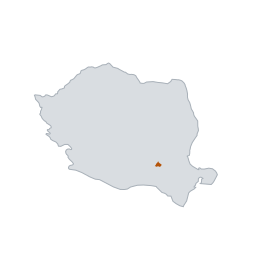 Smeeni, Buzau, Romania shown in context, rotated 17°
{"feature_id": "2599482B10599735426508", "entity_name": "Smeeni", "entity_type": "district", "adm_level": 2, "iso_a3": "ROU", "parent_name": "Romania", "parent_adm1": "Buzau", "projection": "natural_earth1", "projection_center": [26.881, 44.971], "detail": "fine", "context": "in_parent", "style": "filled", "palette": "amber", "viewbox_px": 256, "rotation_deg": 17, "n_neighbors": 0, "source": "geoboundaries", "source_scale": "gbopen_adm2", "svg_char_len": 4075}
<svg xmlns="http://www.w3.org/2000/svg" viewBox="0 0 256 256"><g transform="rotate(17 128 128)"><path d="M195.7,141.5L197.9,144.3L200.8,145.7L207.3,147.3L207.9,147.1L207.9,146.8L207.5,146.4L207.4,145.9L207.7,145.3L208.6,145.2L210.1,145.8L212.9,145.0L217.0,142.8L220.7,142.3L224.2,143.6L226.0,145.1L227.1,146.6L226.8,148.4L226.6,149.5L225.7,154.1L225.1,155.8L224.1,157.7L213.4,160.0L214.1,158.9L213.8,156.9L213.4,155.5L214.4,154.2L212.0,153.7L210.9,154.4L210.1,155.7L210.8,158.6L209.7,160.2L209.2,161.1L209.2,163.2L208.5,164.1L208.4,165.1L210.1,164.9L209.3,166.7L206.1,170.2L205.0,172.3L205.4,180.6L204.0,185.6L203.9,187.1L200.4,187.2L199.4,187.0L196.2,186.3L192.5,185.0L190.4,182.4L189.0,180.6L185.9,181.4L185.3,181.2L184.5,180.3L182.1,179.7L179.3,179.7L172.8,176.3L172.1,175.7L167.1,176.3L159.5,178.0L153.7,180.0L147.7,183.7L145.3,186.5L142.5,187.9L138.5,189.0L131.3,188.6L123.9,187.2L115.9,185.7L111.6,186.5L105.7,185.9L96.9,184.1L90.4,183.6L83.9,184.6L82.8,183.8L82.6,182.9L82.9,181.6L83.8,180.6L85.4,179.8L86.2,179.0L86.3,178.1L84.6,176.8L81.0,175.0L79.6,173.9L79.2,173.6L79.1,172.6L78.4,171.8L77.0,171.2L75.9,170.1L75.2,168.6L75.4,167.1L76.5,165.8L77.9,165.2L79.6,165.4L80.3,165.0L80.1,164.0L78.4,162.8L75.4,161.3L72.3,162.2L69.1,165.2L66.8,165.7L65.4,163.7L63.0,162.4L59.4,162.0L57.2,161.2L56.4,160.0L54.9,159.1L51.5,158.1L51.5,157.2L52.0,157.0L53.2,156.9L54.9,156.7L55.2,156.2L55.2,155.7L53.9,155.1L52.6,154.6L52.0,154.2L51.5,153.8L51.4,153.3L51.8,152.9L52.4,152.9L52.9,152.6L53.2,151.5L53.9,150.6L54.4,150.3L54.4,149.6L53.9,148.9L53.2,148.4L52.2,148.0L48.9,147.1L47.3,145.7L46.3,145.7L44.7,144.9L43.0,143.8L41.6,142.1L40.0,141.0L39.6,140.6L39.6,140.2L39.9,139.7L39.9,139.2L39.5,137.6L39.8,135.9L39.8,134.3L39.8,133.5L39.5,133.3L39.2,133.6L38.8,133.9L38.4,133.9L37.2,132.8L35.8,130.4L34.8,129.6L32.9,128.5L31.2,127.5L30.1,125.5L28.9,124.0L29.7,123.4L34.5,122.5L36.7,123.3L37.7,123.0L38.7,122.3L39.2,121.7L39.3,121.1L39.8,120.3L41.4,120.0L45.7,120.5L47.4,119.4L48.0,118.8L48.5,117.5L48.9,116.5L50.5,115.9L50.5,115.0L50.2,114.0L51.2,111.7L51.7,110.8L52.6,110.4L53.7,109.7L55.5,108.2L55.1,106.9L55.5,105.9L57.4,103.6L58.9,101.3L58.9,100.2L59.1,99.2L60.4,98.1L61.8,96.7L63.6,92.3L64.2,91.6L65.4,90.7L66.3,89.9L66.4,87.0L67.2,86.2L68.8,85.2L70.3,83.7L71.6,81.9L72.6,81.1L73.8,80.9L75.2,80.2L76.8,79.9L78.2,80.3L79.2,80.1L80.6,79.2L84.3,76.0L84.8,75.3L85.6,74.9L88.5,73.8L89.3,72.6L90.3,71.6L91.6,71.7L95.9,74.2L100.4,74.0L101.3,74.1L101.5,74.2L102.1,74.4L108.1,75.6L109.1,75.5L109.3,75.4L111.8,76.4L113.9,76.3L116.0,75.6L118.1,75.3L120.1,75.7L121.6,77.2L125.4,80.2L126.5,81.4L128.3,81.2L130.3,80.6L132.3,78.6L138.4,76.3L143.1,75.7L147.6,74.8L152.9,74.1L154.4,72.2L155.3,70.9L155.9,68.6L158.7,67.9L161.4,67.4L162.3,67.1L164.3,67.0L165.8,67.2L168.2,68.4L169.8,69.8L170.5,71.0L171.9,72.7L173.4,75.0L175.0,78.1L175.4,79.7L176.0,81.4L177.2,83.4L179.6,85.7L179.9,86.2L181.0,87.8L183.0,91.3L184.7,92.8L186.2,94.3L186.9,95.9L188.0,97.3L190.5,99.2L192.6,100.9L194.2,105.9L195.4,108.1L196.1,109.9L195.8,113.4L196.2,114.9L195.3,117.7L193.7,123.2L193.3,127.6L193.6,130.0L193.6,131.5L194.0,132.5L194.5,134.5L194.6,136.3L194.0,136.8L193.1,137.2L192.8,137.6L193.6,138.3L194.7,139.8L195.7,141.5Z" fill="#d9dde1" stroke="#a8b0b8" stroke-width="1"/><path d="M166.5,155.7L166.9,155.3L167.0,155.2L167.2,154.8L167.4,154.9L167.5,154.9L167.5,155.0L167.6,154.9L167.8,154.7L168.0,154.8L168.3,154.8L168.4,155.0L168.5,155.0L168.5,154.9L168.6,155.0L168.8,155.1L169.0,155.0L169.3,155.1L169.5,155.1L169.6,154.9L169.7,154.7L169.8,154.5L169.9,154.4L169.9,154.2L170.0,154.2L170.1,153.9L170.1,153.7L169.9,153.6L169.7,153.6L169.4,153.5L169.2,153.4L168.9,153.4L168.7,153.3L168.5,153.5L168.5,153.4L168.4,153.4L168.3,153.2L168.2,153.2L167.9,153.0L167.8,152.9L167.7,152.9L167.4,152.9L167.2,152.7L167.2,152.8L167.1,153.0L166.9,153.2L166.7,153.1L166.6,153.3L166.8,153.3L166.8,153.5L166.7,153.5L166.4,154.0L166.3,154.3L166.2,154.3L166.1,154.5L166.1,154.9L166.1,155.1L166.1,155.3L166.0,155.6L165.9,155.8L166.0,155.8L166.3,155.9L166.5,155.8L166.5,155.7Z" fill="#f59e0b" stroke="#b45309" stroke-width="1.5"/></g></svg>